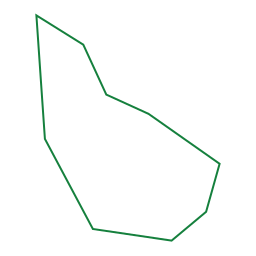 an SVG outline of St. Eustatius
{"feature_id": "NLD-5148", "entity_name": "St. Eustatius", "entity_type": "Special Municipality", "adm_level": 1, "iso_a3": "NLD", "parent_name": "Netherlands", "parent_adm1": "", "projection": "albers", "projection_center": [-62.975, 17.495], "detail": "fine", "context": "isolated", "style": "outline", "palette": "green", "viewbox_px": 256, "rotation_deg": 0, "n_neighbors": 0, "source": "natural_earth", "source_scale": "10m", "svg_char_len": 238}
<svg xmlns="http://www.w3.org/2000/svg" viewBox="0 0 256 256"><path d="M36.4,15.4L83.3,44.7L106.3,94.6L148.6,113.9L219.6,163.8L206.1,211.8L171.6,240.6L92.9,229.0L44.9,138.9L36.4,15.4Z" fill="none" stroke="#15803d" stroke-width="2"/></svg>